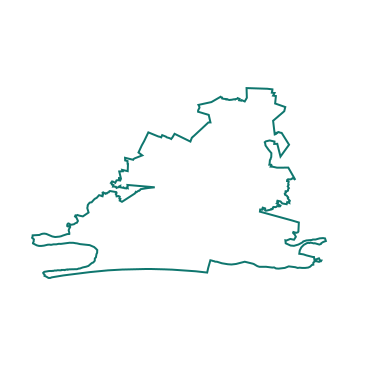 the district of Tecuala, Nayarit, Mexico, rotated 285°
{"feature_id": "50627088B70110967390572", "entity_name": "Tecuala", "entity_type": "district", "adm_level": 2, "iso_a3": "MEX", "parent_name": "Mexico", "parent_adm1": "Nayarit", "projection": "equal_earth", "projection_center": [-105.534, 22.348], "detail": "fine", "context": "isolated", "style": "outline", "palette": "teal", "viewbox_px": 384, "rotation_deg": 285, "n_neighbors": 0, "source": "geoboundaries", "source_scale": "gbopen_adm2", "svg_char_len": 6001}
<svg xmlns="http://www.w3.org/2000/svg" viewBox="0 0 384 384"><g transform="rotate(285 192 192)"><path d="M108.9,49.3L107.8,49.5L106.4,49.4L105.9,50.1L105.9,50.8L105.2,51.6L104.4,51.6L103.0,51.9L102.0,51.6L101.2,51.7L100.3,55.8L100.3,58.0L100.9,60.4L101.9,62.9L103.8,66.4L104.4,68.4L104.4,69.4L105.7,72.0L106.3,74.4L107.5,76.8L107.9,78.7L111.3,86.9L112.2,90.6L112.4,92.9L112.6,94.2L112.7,97.4L114.2,106.9L113.5,111.7L112.4,113.9L111.4,115.5L108.7,116.1L107.3,115.8L104.0,116.1L102.8,115.4L102.1,115.4L101.1,115.8L99.9,115.7L98.2,114.7L97.7,113.9L96.6,113.0L93.8,111.1L92.4,109.0L90.8,105.9L89.0,103.4L88.9,102.7L88.5,102.0L88.0,101.5L87.7,100.9L85.5,93.4L84.9,92.3L84.8,92.1L85.0,91.9L84.4,90.4L83.6,89.3L83.7,88.8L83.0,86.5L82.9,86.0L82.4,85.7L81.6,82.3L81.0,81.3L80.6,79.6L79.7,78.1L79.7,77.5L79.2,76.5L79.2,76.1L78.6,74.2L76.7,70.1L76.3,69.7L75.4,69.2L74.8,69.6L73.9,71.1L72.8,71.2L72.6,72.9L71.9,75.4L71.9,76.0L72.4,77.5L73.2,78.5L78.2,89.5L88.2,114.1L94.6,131.2L99.0,144.6L105.4,166.4L107.2,173.1L110.2,185.6L111.9,193.1L114.4,205.9L116.4,216.2L118.1,227.5L122.9,227.3L130.8,227.4L130.9,229.0L130.8,230.2L130.9,231.3L130.7,232.3L131.1,234.2L130.9,239.3L131.5,245.3L132.2,248.9L133.9,253.2L138.3,261.0L138.5,269.4L138.4,270.4L137.3,274.3L137.2,276.5L138.9,282.7L139.8,289.2L140.4,290.8L139.9,292.9L140.4,295.5L142.7,301.3L145.2,304.7L146.1,311.2L146.0,313.7L146.8,315.7L147.1,317.7L148.0,321.1L149.1,323.8L150.4,325.4L152.7,326.8L153.2,328.0L155.0,327.5L155.6,327.7L156.4,328.4L157.1,328.2L157.3,328.5L157.4,332.8L158.3,333.8L158.5,334.5L159.3,334.7L159.1,333.4L160.8,331.8L159.7,330.2L159.4,330.0L158.4,327.7L160.8,326.6L160.5,325.5L160.4,319.0L160.6,315.7L160.1,311.6L163.4,311.2L166.8,311.9L169.8,313.6L172.4,316.3L173.1,317.9L173.2,318.9L173.8,319.6L173.9,323.1L174.3,323.8L174.2,328.6L175.2,330.0L176.0,330.1L177.7,331.7L179.3,334.0L181.6,332.5L181.4,330.5L180.3,327.4L178.0,323.5L177.4,321.1L176.7,320.2L174.8,315.0L173.0,312.2L172.0,311.8L168.8,308.4L166.4,304.4L165.8,301.1L166.7,295.8L169.5,294.7L169.6,295.8L172.1,299.1L172.3,302.9L175.6,303.9L177.3,302.4L178.7,300.2L179.6,300.3L179.5,303.1L180.4,304.6L181.3,305.0L190.2,303.1L190.4,295.7L190.6,262.7L192.7,262.4L193.0,264.4L193.4,264.8L193.8,264.2L195.2,264.4L195.1,266.9L193.2,267.4L193.0,268.2L195.5,272.9L196.0,272.8L196.2,273.0L196.1,273.8L196.4,274.2L196.7,274.4L198.1,274.2L198.7,274.8L198.9,276.4L199.2,276.9L199.4,277.2L200.4,277.8L200.6,279.6L201.0,280.8L201.7,281.0L202.9,276.8L203.9,277.2L204.1,277.8L204.7,277.8L204.7,277.2L205.1,276.7L205.7,276.8L205.8,280.0L204.3,282.1L204.7,286.6L206.9,286.6L206.6,288.8L207.7,288.3L208.1,288.7L208.8,288.7L208.9,288.1L209.3,288.1L210.5,286.3L211.3,286.0L211.6,286.3L211.9,286.1L212.4,285.1L212.9,284.7L213.5,282.5L214.6,282.0L215.8,282.9L216.2,282.9L216.9,282.2L217.1,282.4L217.0,283.2L218.2,284.4L219.6,284.1L220.8,284.6L222.2,283.0L223.9,283.5L224.1,283.1L224.8,282.8L227.0,282.7L227.4,281.8L227.2,281.0L228.2,280.8L229.0,281.3L229.3,282.0L229.5,283.4L230.2,284.7L230.8,285.2L231.3,285.4L231.4,285.7L231.2,287.1L230.5,288.6L240.5,278.7L237.5,267.9L237.3,263.6L236.9,261.5L238.4,261.9L238.8,261.5L238.4,259.6L239.5,259.6L243.0,259.0L243.9,259.4L244.6,259.3L246.3,259.5L250.1,258.6L252.8,254.8L255.9,251.0L257.7,250.2L258.9,249.4L260.0,250.2L261.9,253.7L262.1,258.6L259.7,259.0L260.6,261.9L249.1,268.3L262.8,273.5L272.3,263.3L272.1,261.7L272.3,261.1L272.2,260.8L272.3,259.9L272.0,259.5L271.2,259.2L271.1,258.7L270.8,258.6L270.9,258.2L269.7,258.0L269.0,257.0L281.8,251.9L293.9,260.2L298.2,260.1L299.0,249.4L306.4,248.2L306.1,245.4L309.0,246.1L308.6,243.4L311.8,243.2L312.1,244.0L311.2,238.0L306.5,217.8L297.2,220.6L293.1,219.5L293.6,216.3L293.0,216.1L292.8,213.8L294.2,213.9L294.5,211.8L293.8,211.6L292.9,209.8L292.5,209.7L292.5,208.7L291.4,206.5L290.5,204.1L290.6,202.9L290.3,201.4L290.7,201.4L290.2,198.4L290.1,197.0L291.0,196.6L290.9,195.9L291.4,195.0L283.9,187.5L277.8,175.7L276.7,176.7L275.4,177.4L272.5,176.8L271.1,177.1L270.8,188.2L264.0,191.8L263.4,189.8L247.1,179.6L245.7,178.7L245.5,178.4L244.8,178.2L244.4,177.8L240.3,177.4L243.7,160.1L239.1,158.8L238.6,158.4L237.8,158.2L238.2,156.4L238.3,153.2L238.7,152.7L239.2,148.5L236.8,148.1L237.0,146.7L236.9,145.2L238.3,134.4L228.7,132.6L223.9,131.4L216.3,130.1L214.5,134.5L209.8,128.1L208.6,126.9L207.9,126.8L207.7,118.5L205.2,119.3L205.2,121.7L202.5,122.5L202.5,122.9L195.5,124.5L195.3,118.9L194.1,119.7L193.0,116.4L186.9,119.7L186.6,117.9L185.4,118.1L185.3,118.8L185.6,118.8L185.7,119.8L184.5,119.7L184.3,117.7L183.7,116.1L181.0,115.5L181.6,112.9L181.5,112.0L179.8,111.4L179.7,112.2L178.5,112.6L178.4,113.1L178.4,114.3L176.8,114.3L177.0,114.8L177.3,117.1L177.0,117.2L176.4,118.1L177.0,118.7L177.4,119.5L178.2,119.9L179.3,121.1L178.0,121.3L178.2,124.3L178.7,124.7L178.2,125.6L178.3,126.4L178.5,127.7L179.2,127.7L179.1,128.9L179.9,128.5L180.7,128.3L180.8,128.4L182.1,127.8L186.9,154.8L184.3,148.1L181.4,141.6L180.4,141.3L179.4,140.5L179.4,140.0L177.4,138.4L177.6,137.7L175.8,137.2L164.4,126.9L165.0,124.4L166.8,124.6L166.9,123.5L168.8,123.4L169.1,122.1L168.3,120.3L169.4,119.8L170.3,118.9L171.3,119.4L172.0,119.2L172.3,118.8L171.7,112.5L171.3,112.0L170.2,111.7L169.7,110.8L168.6,110.1L168.8,108.5L168.7,108.8L168.0,108.8L168.6,106.5L168.0,106.5L167.9,106.0L167.7,106.1L167.4,106.8L166.3,106.6L166.3,106.3L165.4,106.3L165.3,106.7L164.7,106.7L164.7,105.7L164.9,105.6L164.9,103.1L161.6,101.4L160.7,100.3L159.5,99.4L156.1,97.7L156.0,97.4L155.2,95.9L152.8,94.8L152.1,94.7L151.8,94.9L149.4,95.0L145.4,97.4L140.2,92.9L140.0,89.4L140.1,87.2L139.2,86.6L139.4,85.8L139.3,85.5L138.1,85.3L137.3,87.0L134.7,89.2L134.4,89.3L133.7,89.0L132.7,88.9L131.7,87.5L130.3,86.3L129.5,84.7L129.1,83.8L129.1,83.0L129.7,81.0L129.4,80.4L128.9,80.1L127.7,80.0L126.7,80.4L126.6,81.2L127.3,82.0L127.4,82.3L127.2,83.1L126.7,83.4L124.2,82.8L123.1,82.8L120.7,84.1L119.7,84.3L119.0,82.3L116.3,78.2L115.5,77.2L114.6,75.5L113.1,71.5L112.9,68.5L113.8,62.1L113.6,60.2L113.1,58.7L112.4,57.4L111.0,55.7L108.9,49.3Z" fill="none" stroke="#0f766e" stroke-width="2"/></g></svg>